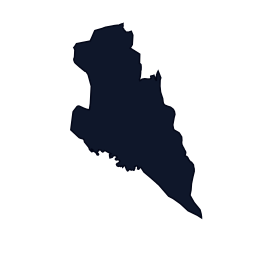 outline of Borgu, Niger, Nigeria, rotated 348°
{"feature_id": "59680162B99837769325291", "entity_name": "Borgu", "entity_type": "district", "adm_level": 2, "iso_a3": "NGA", "parent_name": "Nigeria", "parent_adm1": "Niger", "projection": "natural_earth1", "projection_center": [4.162, 10.194], "detail": "fine", "context": "isolated", "style": "filled", "palette": "ink", "viewbox_px": 256, "rotation_deg": 348, "n_neighbors": 0, "source": "geoboundaries", "source_scale": "gbopen_adm2", "svg_char_len": 3646}
<svg xmlns="http://www.w3.org/2000/svg" viewBox="0 0 256 256"><g transform="rotate(348 128 128)"><path d="M94.6,143.9L94.8,143.2L96.8,143.8L97.4,145.3L98.4,146.2L100.4,145.2L100.8,145.4L101.7,145.8L102.6,146.8L103.7,147.7L104.5,148.3L105.2,149.0L105.9,149.7L104.5,150.1L104.2,151.5L104.2,153.5L106.6,153.3L107.7,152.3L107.8,152.1L109.2,152.1L110.8,153.1L111.3,154.2L111.2,154.8L109.9,155.0L109.4,155.4L109.2,155.8L109.2,156.2L109.9,156.8L110.8,156.8L111.9,157.0L112.6,157.4L113.1,158.4L112.9,159.2L112.0,159.8L111.9,160.2L110.1,160.4L109.2,161.1L109.4,162.5L110.5,163.5L111.3,163.5L112.2,163.5L112.7,164.1L114.1,163.7L114.4,164.6L114.6,165.3L115.6,164.5L116.5,163.7L117.4,164.6L117.6,166.2L118.0,168.4L118.4,169.3L118.6,169.8L119.1,169.8L120.4,168.8L121.8,169.0L122.3,169.8L123.7,169.8L124.6,170.1L124.8,170.5L125.1,170.5L126.4,168.5L126.4,167.2L128.5,166.7L129.4,167.5L129.3,169.3L128.9,170.0L129.9,170.5L131.2,169.3L131.5,169.3L132.5,169.2L134.5,174.4L138.2,179.1L138.6,179.6L143.8,186.5L144.7,187.7L144.8,188.0L146.3,189.9L153.6,203.1L157.5,206.3L163.5,212.8L168.4,219.7L169.6,221.4L177.9,227.9L181.2,231.2L181.4,230.1L181.6,227.3L181.5,224.7L181.4,223.0L177.1,214.6L174.6,206.7L176.7,201.8L178.5,195.6L181.2,189.4L183.7,184.2L184.2,181.7L184.1,179.7L184.3,177.6L182.9,174.6L182.4,174.5L182.2,174.5L180.7,171.3L180.3,169.5L180.3,169.4L179.6,168.2L179.1,167.8L178.5,167.6L178.0,167.0L178.8,165.3L179.3,164.1L179.3,162.9L179.1,162.3L178.7,161.3L178.3,159.3L177.9,158.3L177.5,156.6L177.2,155.1L177.4,153.6L177.4,153.1L178.1,151.3L178.6,147.9L177.0,143.5L175.9,142.4L175.3,141.9L174.3,141.0L172.8,139.7L172.7,139.6L172.6,139.2L172.3,138.3L172.3,137.9L172.4,134.3L175.0,127.9L175.2,127.4L176.6,124.6L176.7,124.4L176.8,121.6L176.5,121.6L176.5,121.4L176.5,120.2L175.9,118.8L173.9,116.5L171.4,115.1L170.5,114.5L168.5,113.1L167.7,111.3L167.7,109.8L168.0,106.4L167.7,103.7L167.3,99.8L167.3,99.6L167.9,93.8L169.3,88.0L169.3,87.9L170.5,85.7L169.3,78.7L168.4,79.8L167.1,81.9L166.3,84.4L165.7,87.3L165.4,87.3L164.9,85.9L164.8,84.6L164.8,83.5L164.4,82.8L164.3,81.8L163.4,82.0L162.0,82.0L161.1,82.0L160.9,82.4L161.0,84.2L159.4,84.7L157.6,84.3L154.6,83.3L152.0,83.2L149.5,84.2L149.2,83.3L149.7,82.2L150.8,79.9L151.8,76.7L152.1,75.2L152.9,73.6L153.5,71.1L153.8,68.9L153.7,68.8L153.7,68.5L152.7,67.0L154.8,58.2L146.7,50.3L149.5,47.3L152.0,38.2L151.3,34.1L149.7,34.3L148.3,34.4L145.7,33.7L145.5,32.9L144.9,31.9L144.3,31.0L144.3,30.2L143.5,29.3L143.8,28.3L144.1,27.7L144.3,27.1L144.5,26.6L144.5,26.3L144.5,26.0L144.5,25.7L144.6,25.4L144.6,25.1L144.7,24.9L144.0,25.0L143.8,24.9L143.5,25.0L143.4,25.0L143.2,25.0L142.8,25.1L142.7,25.2L142.3,25.1L142.2,25.1L141.9,25.2L141.5,25.3L141.3,25.4L141.1,25.4L140.8,25.4L140.6,25.5L140.4,25.6L140.2,25.7L139.1,25.3L135.8,25.0L134.0,25.0L130.3,24.9L126.9,24.8L124.7,25.1L123.7,25.3L116.2,25.8L115.9,25.9L115.8,26.1L115.6,26.1L111.2,32.3L109.1,35.1L95.2,34.8L92.1,38.0L91.8,38.0L92.3,40.6L90.6,47.0L90.2,48.0L89.5,49.0L89.3,49.6L89.2,50.4L89.5,52.5L90.0,53.6L93.4,58.2L97.7,63.5L98.7,64.0L100.1,67.4L100.4,72.2L100.4,72.6L100.8,79.5L96.3,96.3L94.2,101.8L93.8,102.1L91.6,101.2L90.6,100.6L88.6,99.3L87.3,98.3L85.0,96.6L84.4,96.3L83.8,96.2L83.1,96.3L82.6,96.5L77.9,100.5L77.6,101.0L71.7,117.9L77.1,125.6L78.3,127.3L79.7,128.2L80.7,128.7L81.8,129.3L82.2,129.6L82.6,130.9L82.6,132.6L85.3,138.0L85.6,138.6L85.8,139.5L85.9,141.0L87.5,143.6L88.2,143.6L88.2,142.8L87.9,142.2L88.0,141.2L88.8,141.6L89.2,142.5L89.6,143.6L90.4,144.2L90.9,144.8L91.3,145.4L91.9,146.2L92.0,147.0L92.3,147.9L93.2,148.2L93.7,147.8L93.7,147.3L93.3,146.4L92.8,145.6L93.3,144.3L94.3,144.3L94.6,143.9Z" fill="#0f172a" stroke="#020617" stroke-width="1.5"/></g></svg>